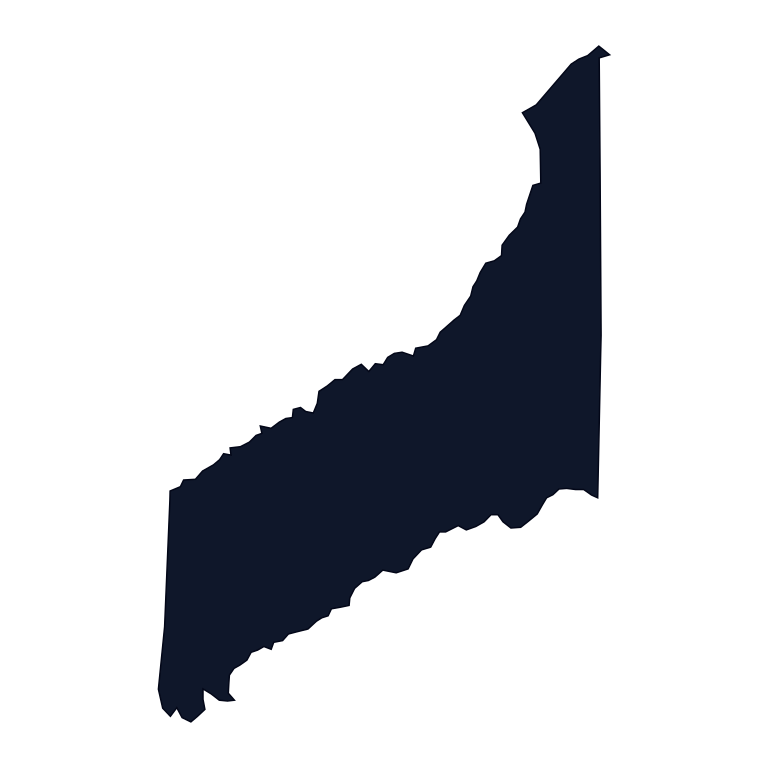 outline of Rancho Alegre D'Oeste, Paraná, Brazil
{"feature_id": "56859067B11578412719697", "entity_name": "Rancho Alegre D'Oeste", "entity_type": "district", "adm_level": 2, "iso_a3": "BRA", "parent_name": "Brazil", "parent_adm1": "Paraná", "projection": "natural_earth1", "projection_center": [-52.974, -24.27], "detail": "fine", "context": "isolated", "style": "filled", "palette": "ink", "viewbox_px": 768, "rotation_deg": 0, "n_neighbors": 0, "source": "geoboundaries", "source_scale": "gbopen_adm2", "svg_char_len": 1878}
<svg xmlns="http://www.w3.org/2000/svg" viewBox="0 0 768 768"><path d="M305.7,411.5L300.5,407.5L293.3,409.4L292.4,417.6L285.8,418.5L279.3,422.1L271.1,428.3L260.3,426.0L261.9,433.4L256.1,435.4L249.4,442.1L240.4,446.7L230.1,447.9L231.0,455.1L223.6,453.7L219.6,459.7L213.4,464.9L202.6,471.0L195.4,479.3L183.6,480.0L180.4,486.7L170.1,491.0L169.9,500.2L164.6,626.8L158.4,689.2L162.7,708.2L170.4,716.3L176.8,707.7L182.1,717.6L190.9,721.9L197.4,716.4L204.9,709.4L203.0,699.4L203.0,688.9L211.2,693.9L219.3,700.2L227.5,701.0L234.4,700.2L228.3,693.2L228.8,683.8L229.4,675.1L234.0,668.4L240.0,665.0L246.9,660.1L251.1,652.3L257.6,650.1L263.9,646.5L271.2,649.3L273.7,642.3L282.6,640.6L288.4,634.0L296.0,632.0L308.0,629.0L316.3,621.3L321.8,617.8L328.1,615.8L331.4,608.8L340.5,607.2L349.1,605.4L349.8,597.9L354.6,588.4L362.2,581.7L368.4,580.5L374.9,577.1L382.8,570.1L396.2,572.8L408.1,568.9L413.0,558.9L421.5,549.9L430.7,547.1L435.2,538.6L439.5,531.9L445.7,531.9L458.2,525.6L466.3,529.9L475.8,526.5L484.1,521.8L491.0,514.7L497.9,514.7L503.0,521.8L510.9,528.0L520.7,527.3L528.3,521.3L537.2,514.0L542.4,504.8L546.6,497.8L552.9,494.7L559.0,489.0L566.7,488.4L575.5,489.5L583.7,489.5L591.5,495.0L597.7,497.8L600.7,352.5L601.1,335.4L600.1,173.1L599.2,57.9L609.6,54.8L598.8,46.1L587.7,55.6L578.9,59.1L571.2,64.1L536.2,104.9L522.4,112.7L535.0,133.2L540.2,149.3L540.8,183.1L532.9,185.4L529.6,195.3L526.6,204.3L525.0,212.1L520.5,218.9L517.6,227.1L509.3,235.2L502.1,245.2L501.5,255.6L494.3,260.8L485.8,263.2L480.2,272.5L476.8,280.8L473.0,286.7L470.7,296.1L464.4,305.4L460.2,315.3L454.2,319.9L448.0,325.4L440.2,332.2L436.5,339.7L428.0,345.9L415.7,348.2L413.4,356.0L402.1,352.2L394.3,353.4L387.7,357.4L383.2,364.7L375.3,363.7L368.8,371.5L361.3,364.3L352.6,369.0L342.5,379.6L335.0,379.6L327.2,386.0L319.0,391.3L317.3,403.3L313.3,413.0L305.7,411.5Z" fill="#0f172a" stroke="#020617" stroke-width="1.5"/></svg>